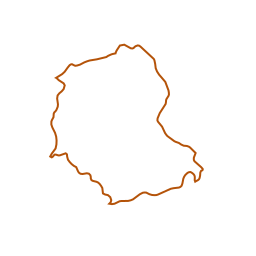 outline of Bagmati, rotated 219°
{"feature_id": "NPL-1130", "entity_name": "Bagmati", "entity_type": "District", "adm_level": 1, "iso_a3": "NPL", "parent_name": "Nepal", "parent_adm1": "", "projection": "robinson", "projection_center": [85.32, 27.846], "detail": "fine", "context": "isolated", "style": "outline", "palette": "amber", "viewbox_px": 256, "rotation_deg": 219, "n_neighbors": 0, "source": "natural_earth", "source_scale": "10m", "svg_char_len": 2394}
<svg xmlns="http://www.w3.org/2000/svg" viewBox="0 0 256 256"><g transform="rotate(219 128 128)"><path d="M94.9,57.4L94.7,59.3L95.6,61.4L98.3,63.1L101.4,63.2L103.9,61.9L106.3,61.4L110.2,65.2L112.5,66.1L114.9,66.7L116.9,66.8L118.6,66.4L122.0,64.8L123.5,64.5L125.1,65.3L126.2,66.6L127.5,67.6L129.6,67.9L131.5,66.9L134.4,63.6L136.2,62.5L138.2,62.4L140.0,63.1L143.6,65.0L146.3,64.5L149.2,64.5L152.0,64.9L154.7,65.6L157.2,67.4L158.9,69.1L160.5,69.1L163.8,63.8L164.8,62.9L167.4,61.9L168.3,61.1L168.4,59.8L168.4,58.4L168.8,57.2L170.5,56.9L171.1,60.1L171.4,66.5L173.3,70.2L175.7,73.4L178.4,76.1L181.6,78.3L187.1,80.8L189.8,82.5L191.6,84.8L192.1,86.3L192.7,89.5L194.8,92.5L195.1,93.8L194.9,95.2L195.0,97.0L196.0,100.3L197.3,102.3L201.6,106.3L203.2,109.0L203.2,111.8L202.6,114.8L202.5,117.7L204.0,121.3L206.1,122.2L211.9,121.6L215.0,121.9L215.4,121.8L213.1,128.4L212.6,131.8L212.9,137.0L212.9,140.1L212.4,141.5L211.7,142.3L208.9,142.9L208.1,143.2L206.9,144.5L205.2,147.0L203.2,151.6L201.7,154.2L200.3,156.3L195.4,161.8L189.5,169.5L188.9,171.5L187.5,174.3L186.7,175.6L185.4,177.2L184.7,178.1L184.8,178.2L185.4,180.3L185.6,181.1L186.2,187.0L183.3,190.4L176.0,191.7L174.6,192.6L174.0,193.6L173.9,194.9L173.6,196.3L172.4,198.3L171.1,199.0L169.4,199.1L151.5,197.9L150.7,197.6L149.9,197.1L147.2,194.9L144.1,191.9L141.0,190.2L137.3,189.0L133.3,188.3L128.0,187.3L120.2,182.7L118.5,181.2L117.2,179.7L116.7,178.3L116.7,178.1L116.3,174.7L116.0,173.8L115.5,173.0L114.9,172.2L114.4,171.3L113.9,170.4L113.7,168.7L112.7,159.6L111.1,154.2L110.4,153.1L109.8,152.3L108.4,151.7L102.4,150.5L96.0,147.4L93.9,146.8L92.2,146.5L83.8,146.9L82.4,147.2L79.0,148.4L76.4,148.6L73.6,149.3L70.9,151.1L68.9,151.8L67.5,151.9L59.7,151.1L58.2,146.5L57.6,145.6L56.7,144.6L55.4,144.0L46.3,143.6L44.2,143.2L43.7,142.6L43.6,141.9L44.2,140.8L44.1,140.0L43.7,138.8L42.1,136.5L41.3,135.0L40.8,133.9L40.6,132.9L40.7,132.1L40.9,131.3L41.7,129.5L42.0,128.6L43.3,129.4L43.6,129.8L44.2,130.6L44.8,131.4L45.6,132.3L46.5,132.9L47.6,133.3L48.8,133.4L49.9,133.4L50.9,133.3L51.9,133.0L52.8,132.0L53.5,130.6L53.9,127.6L53.7,125.5L53.1,123.4L50.8,119.1L50.3,117.7L50.0,116.8L50.2,115.2L50.9,113.8L54.7,109.9L56.5,107.7L62.9,95.0L63.8,93.7L65.1,92.5L67.3,91.0L69.8,90.0L73.1,89.3L74.3,88.5L75.7,87.1L77.1,84.0L79.2,75.7L80.4,73.5L82.1,71.3L87.1,67.2L88.4,65.8L90.8,60.7L92.6,58.7L94.9,57.4L94.9,57.4Z" fill="none" stroke="#b45309" stroke-width="2"/></g></svg>